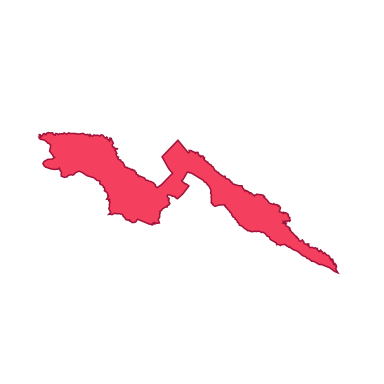 outline of Cohuecan, Morelos, Mexico, rotated 106°
{"feature_id": "50627088B76713899693742", "entity_name": "Cohuecan", "entity_type": "district", "adm_level": 2, "iso_a3": "MEX", "parent_name": "Mexico", "parent_adm1": "Morelos", "projection": "equal_earth", "projection_center": [-98.717, 18.758], "detail": "fine", "context": "isolated", "style": "filled", "palette": "rose", "viewbox_px": 384, "rotation_deg": 106, "n_neighbors": 0, "source": "geoboundaries", "source_scale": "gbopen_adm2", "svg_char_len": 6047}
<svg xmlns="http://www.w3.org/2000/svg" viewBox="0 0 384 384"><g transform="rotate(106 192 192)"><path d="M181.6,354.2L182.5,353.5L183.2,352.1L182.9,351.1L182.9,347.9L184.1,345.0L184.8,344.1L184.8,342.9L185.9,340.7L192.1,340.1L194.5,336.6L196.1,335.1L196.8,333.6L199.0,335.6L200.3,339.6L203.5,342.7L205.8,343.1L207.6,341.4L208.4,339.8L208.7,333.8L208.2,330.3L206.9,326.9L205.5,326.2L207.5,324.9L209.4,322.7L211.2,322.7L212.8,322.0L213.1,318.6L211.7,316.1L210.3,315.6L208.7,313.2L208.7,311.5L208.2,310.6L205.2,309.0L203.2,306.5L203.3,303.5L205.3,297.3L205.3,290.4L207.0,286.7L206.9,283.4L209.6,282.9L210.4,279.5L211.1,278.6L211.9,278.4L211.8,277.5L214.4,276.2L215.0,276.5L215.8,273.8L217.7,272.0L218.8,272.1L219.1,271.0L222.4,272.1L221.8,269.0L222.5,268.9L223.5,270.2L223.4,269.7L224.3,268.1L226.6,268.1L228.6,267.3L230.9,267.4L234.0,264.6L236.5,265.9L235.7,263.8L235.9,262.7L233.8,260.5L233.8,258.9L232.9,256.0L232.7,252.6L234.2,251.6L235.6,249.0L236.7,248.2L236.8,246.1L236.4,245.3L236.8,244.6L236.2,244.2L237.1,243.8L237.2,242.5L237.9,241.3L237.3,239.3L236.4,237.9L233.2,236.8L234.7,223.7L234.3,222.6L234.7,221.5L234.4,220.8L233.7,221.1L233.0,219.3L232.4,220.6L231.6,219.9L231.9,217.5L230.8,214.8L227.6,216.9L225.3,216.1L221.6,217.1L220.9,216.7L219.5,217.7L218.4,216.3L216.7,215.9L214.0,213.7L213.2,211.7L211.9,212.0L210.7,210.5L209.0,210.1L208.5,211.1L207.1,211.7L206.3,212.6L205.7,212.0L204.4,212.2L203.9,214.0L203.4,214.5L201.4,214.6L200.9,211.5L201.5,210.1L201.0,207.2L201.7,206.8L201.8,205.9L202.4,205.4L202.5,204.1L196.4,200.3L187.1,196.6L185.9,199.6L185.9,201.7L185.3,202.2L184.7,204.3L183.8,205.1L182.8,204.1L174.4,202.0L173.8,200.9L174.2,199.8L174.0,197.6L177.7,184.2L178.9,182.9L179.3,180.6L180.2,179.9L182.0,176.9L185.3,174.1L188.1,173.8L189.6,172.2L191.5,172.4L193.0,171.5L196.9,170.6L197.5,170.0L197.4,169.0L198.4,168.8L199.5,166.0L197.1,162.4L195.4,157.4L195.6,156.7L196.5,156.5L196.6,155.7L197.5,155.1L197.6,154.2L198.6,153.3L199.4,151.4L200.8,150.1L201.7,148.1L203.5,147.1L204.7,145.6L204.8,144.2L205.5,143.3L206.3,143.0L206.5,141.7L207.8,140.2L208.5,140.1L208.8,139.0L210.8,137.2L211.0,134.3L212.5,131.7L213.1,129.1L213.9,128.1L213.4,125.9L213.8,125.3L213.6,123.1L212.6,121.3L212.2,118.9L211.6,118.0L211.2,116.2L211.8,114.0L211.1,112.9L211.6,110.5L213.8,107.4L213.8,105.3L216.0,103.8L217.7,96.9L219.3,96.1L218.9,95.6L218.6,93.6L219.1,92.3L218.1,91.5L216.8,88.3L217.9,85.6L217.9,84.5L218.5,83.7L217.9,82.3L218.6,81.7L219.5,78.7L219.8,74.8L221.2,70.9L222.0,69.9L222.8,67.3L222.9,65.2L223.2,64.1L224.1,63.3L224.0,61.2L225.6,57.8L225.2,56.7L225.3,54.7L226.6,50.1L226.6,49.0L226.3,49.0L226.0,47.6L226.9,38.6L229.0,33.2L229.5,29.4L226.3,32.8L224.4,32.3L223.7,33.1L222.7,33.0L222.3,33.8L222.7,35.6L222.3,35.9L221.4,35.2L221.5,36.3L221.1,36.9L220.7,36.6L219.9,37.4L219.5,37.1L218.8,38.2L218.0,38.1L217.9,39.1L219.3,39.2L217.8,41.2L217.3,41.0L215.4,43.1L215.5,45.2L213.8,47.8L215.0,48.4L215.1,49.1L213.6,50.0L213.6,50.9L212.3,52.3L213.0,52.8L214.0,52.7L214.4,53.5L214.1,54.1L213.5,54.1L212.8,55.8L211.7,55.9L212.0,57.0L211.6,58.1L212.4,59.4L212.0,61.0L212.9,63.7L211.3,65.0L211.3,66.4L210.9,66.5L210.4,66.4L210.4,65.6L209.9,65.3L209.7,65.7L210.8,68.3L210.6,70.1L209.2,70.7L207.6,72.7L209.5,74.3L209.4,75.4L207.5,76.9L207.3,77.9L206.5,78.5L206.7,79.2L206.0,79.4L205.3,81.4L203.5,84.0L203.0,85.6L202.4,85.9L201.3,88.1L200.4,88.2L200.8,87.4L199.4,88.3L198.5,92.4L197.6,92.9L196.6,92.7L196.9,95.3L195.6,93.9L196.0,96.0L195.0,96.3L194.9,94.5L194.4,94.5L193.6,93.2L193.7,91.9L192.9,90.9L193.3,90.1L192.1,89.7L190.9,90.9L189.7,90.8L189.2,92.5L187.5,93.0L186.9,93.6L187.2,94.1L186.3,94.9L186.1,96.1L186.5,97.3L187.1,97.7L186.2,98.3L186.5,98.7L187.4,98.6L186.9,99.8L186.9,102.6L182.7,102.6L181.5,104.2L181.8,105.3L181.0,105.2L180.8,107.5L181.3,108.4L180.6,110.3L181.6,110.7L181.6,112.5L181.2,115.0L179.5,116.9L177.0,121.5L176.4,121.0L175.4,123.1L176.3,129.3L177.2,129.7L177.7,131.1L178.6,131.1L176.5,135.3L176.6,136.0L177.5,136.2L176.2,137.7L175.8,139.6L176.4,139.9L175.6,140.9L176.3,141.5L176.2,142.0L174.8,143.2L174.4,144.4L172.4,145.4L172.3,146.0L173.1,149.0L172.9,155.5L171.6,156.3L171.6,157.6L170.8,158.0L169.6,160.1L169.8,163.2L167.8,164.5L167.9,165.2L168.5,165.4L168.4,166.3L166.7,171.5L165.9,171.8L166.1,173.0L165.1,174.8L164.9,176.0L161.9,178.9L161.8,180.2L160.8,181.0L160.1,184.2L158.8,185.2L159.1,186.4L158.1,187.6L157.6,189.4L155.8,189.4L156.1,190.2L155.3,190.3L154.5,191.3L154.5,192.4L155.8,193.4L154.7,194.3L155.1,195.3L152.5,197.0L152.3,197.6L152.9,199.2L153.9,199.3L152.9,201.2L153.0,202.6L152.4,203.9L152.8,206.2L154.1,205.5L155.4,206.3L146.1,219.8L166.4,230.5L175.9,220.9L179.6,215.7L181.6,217.1L193.3,223.3L197.4,226.7L196.6,228.8L195.3,229.1L193.8,231.6L193.3,234.2L193.4,236.7L192.9,237.7L193.4,239.4L191.6,241.6L191.1,246.5L191.7,247.4L190.7,248.0L190.2,250.5L188.7,250.9L188.1,252.4L187.1,253.0L187.1,254.6L186.7,255.3L186.8,255.8L187.4,255.7L186.6,258.9L186.8,260.6L186.2,261.2L186.5,262.1L186.4,263.6L185.3,264.0L182.5,266.7L182.2,268.4L180.9,269.5L181.1,271.0L180.4,272.4L178.7,272.3L178.7,274.0L176.4,275.5L175.7,274.8L173.9,276.3L173.1,277.8L171.9,277.2L171.4,275.7L170.9,275.7L171.3,277.3L171.1,279.0L170.5,279.1L170.6,280.0L170.0,281.0L168.8,281.6L166.6,281.1L163.9,283.8L162.8,284.2L162.6,284.8L163.0,286.1L164.8,285.2L165.8,285.5L164.9,286.4L164.4,288.3L162.9,288.6L162.7,289.2L163.6,289.6L163.8,291.0L162.0,293.2L162.0,294.6L162.5,295.6L163.6,295.8L163.4,298.5L164.3,300.4L164.1,301.8L164.5,302.4L165.1,302.2L165.7,303.1L165.8,304.1L164.8,305.8L166.6,305.7L165.4,307.8L165.4,308.4L166.2,309.4L166.3,310.9L165.7,312.1L166.0,313.8L167.4,316.1L167.4,317.4L168.0,318.5L167.9,320.4L169.3,324.9L169.0,326.7L171.0,328.3L170.4,331.3L171.4,331.6L171.8,332.3L171.7,333.3L172.4,334.0L172.6,335.7L173.7,336.5L173.1,337.8L173.3,339.1L174.2,339.5L175.0,339.2L175.0,341.0L173.5,342.3L174.2,344.0L174.5,346.6L175.6,347.9L177.2,348.1L177.2,349.1L176.5,349.6L176.9,350.9L179.0,351.4L179.8,352.3L178.8,353.6L178.9,354.6L179.7,354.4L180.7,352.4L181.6,353.4L181.6,354.2Z" fill="#f43f5e" stroke="#9f1239" stroke-width="1.5"/></g></svg>